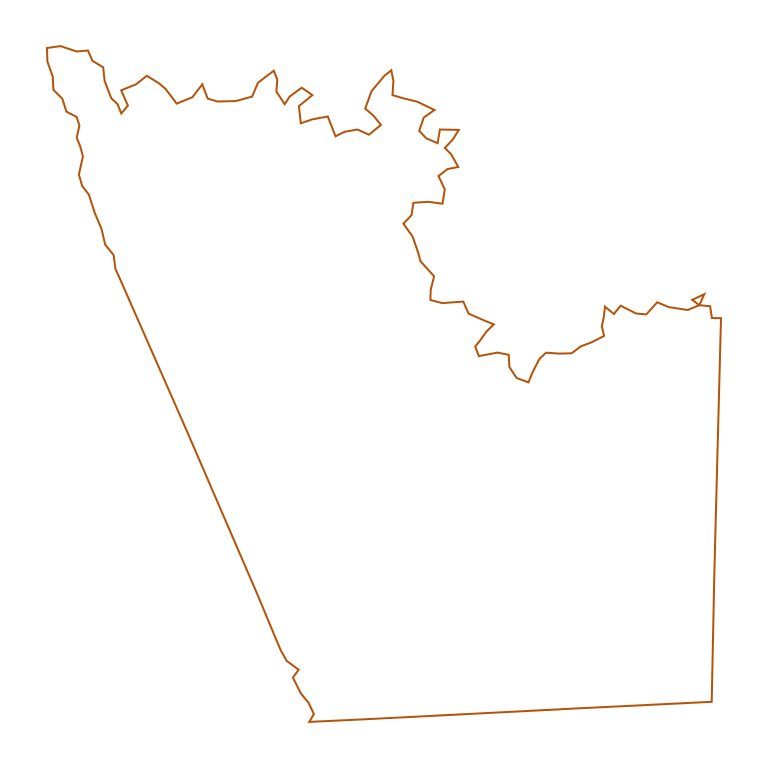 the district of Vera Cruz do Oeste, Paraná, Brazil
{"feature_id": "56859067B99873353532252", "entity_name": "Vera Cruz do Oeste", "entity_type": "district", "adm_level": 2, "iso_a3": "BRA", "parent_name": "Brazil", "parent_adm1": "Paraná", "projection": "albers", "projection_center": [-53.935, -24.996], "detail": "fine", "context": "isolated", "style": "outline", "palette": "amber", "viewbox_px": 768, "rotation_deg": 0, "n_neighbors": 0, "source": "geoboundaries", "source_scale": "gbopen_adm2", "svg_char_len": 1863}
<svg xmlns="http://www.w3.org/2000/svg" viewBox="0 0 768 768"><path d="M721.0,318.2L711.9,318.0L710.1,306.2L699.3,305.2L687.7,310.0L668.8,307.1L657.2,302.3L646.3,314.4L636.0,313.5L620.6,305.7L613.9,314.0L605.0,306.7L603.9,316.5L601.8,326.4L604.1,335.9L591.4,342.4L580.9,346.3L571.6,353.3L559.4,353.6L546.0,352.7L539.2,359.2L532.4,372.6L528.5,382.4L516.6,378.0L509.4,367.0L508.7,354.8L497.5,352.6L478.9,356.1L475.2,346.6L480.7,339.7L486.6,331.4L493.8,324.4L483.8,320.3L468.6,313.6L463.3,301.6L442.1,303.1L430.4,300.0L430.7,289.8L434.1,276.3L420.6,261.4L417.8,251.5L412.5,236.4L403.4,223.7L411.5,215.1L413.4,202.8L428.1,201.8L442.5,203.7L444.8,189.4L438.5,176.1L447.4,169.1L458.3,167.0L451.1,154.2L444.8,147.9L452.9,139.4L458.8,129.9L439.9,129.5L437.6,143.2L426.4,138.4L419.2,130.8L423.8,117.5L434.5,110.0L417.3,101.7L402.9,98.2L392.5,95.1L393.4,80.8L391.3,70.3L384.5,75.7L371.5,91.2L365.2,108.6L373.2,115.4L381.0,124.9L368.9,134.7L357.5,129.5L344.5,131.8L335.5,136.3L327.8,116.5L312.0,119.4L300.8,123.3L298.9,106.1L312.4,95.1L301.7,87.7L289.6,96.6L284.7,104.2L276.4,91.6L277.3,79.8L273.8,70.7L258.0,82.7L252.1,96.6L235.6,101.1L217.5,101.5L207.7,98.6L202.3,84.3L192.4,97.2L176.7,103.6L165.4,88.7L158.9,83.3L146.8,75.8L136.1,84.3L121.2,90.3L127.9,105.6L121.3,113.5L117.6,104.2L111.2,98.1L104.6,80.9L103.2,67.3L92.5,60.9L87.9,50.5L76.7,51.5L60.5,46.1L47.0,48.0L47.4,61.6L52.8,76.8L53.4,89.8L62.3,98.7L66.4,111.6L76.7,117.0L79.4,125.5L76.7,137.9L80.2,146.2L82.9,156.3L78.9,174.6L82.2,186.0L88.9,194.6L94.7,212.9L101.5,228.8L105.2,244.6L113.6,255.1L115.4,268.8L119.1,276.9L187.5,432.5L257.6,594.9L275.7,638.4L280.6,650.0L286.6,660.8L298.6,669.7L292.9,677.6L300.9,693.5L308.4,702.6L313.9,714.0L309.3,721.9L362.6,719.4L577.2,708.4L711.7,701.8L714.4,571.1L721.0,318.2ZM699.3,305.2L704.3,294.2L692.2,299.8L699.3,305.2Z" fill="none" stroke="#b45309" stroke-width="2"/></svg>